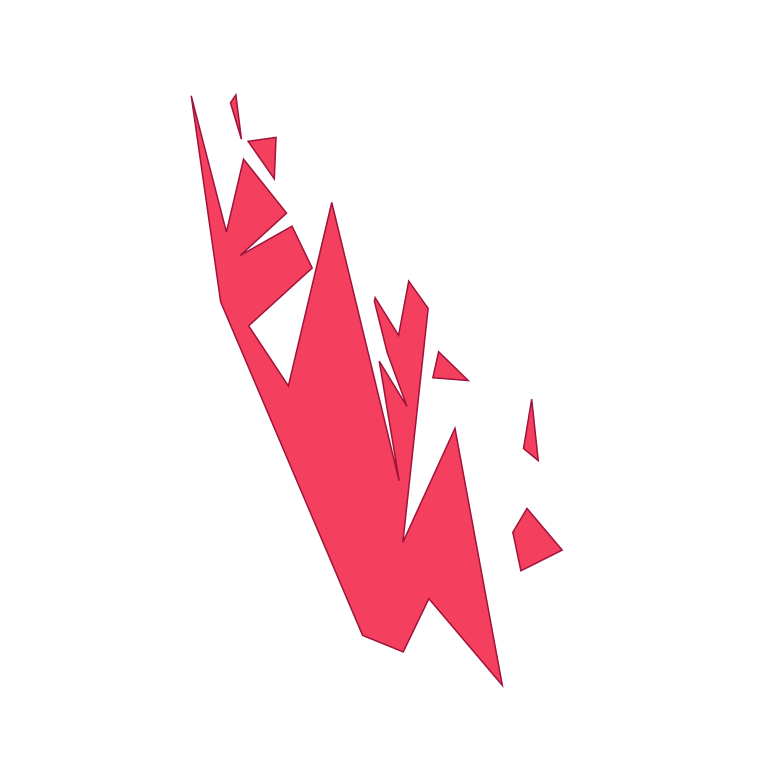 the County of Møre og Romsdal, rotated 80°
{"feature_id": "NOR-910", "entity_name": "Møre og Romsdal", "entity_type": "County", "adm_level": 1, "iso_a3": "NOR", "parent_name": "Norway", "parent_adm1": "", "projection": "robinson", "projection_center": [7.305, 62.718], "detail": "coarse", "context": "isolated", "style": "filled", "palette": "rose", "viewbox_px": 768, "rotation_deg": 80, "n_neighbors": 0, "source": "natural_earth", "source_scale": "10m", "svg_char_len": 746}
<svg xmlns="http://www.w3.org/2000/svg" viewBox="0 0 768 768"><g transform="rotate(80 384 384)"><path d="M66.7,523.8L207.0,512.8L138.2,483.3L198.8,450.3L232.4,503.2L212.6,447.2L257.3,434.6L303.2,507.2L369.3,478.5L196.1,403.9L481.9,385.9L360.7,384.7L410.1,365.3L353.4,375.4L300.8,379.1L297.5,377.7L338.6,361.2L287.0,341.8L317.2,327.4L543.2,392.9L440.0,321.8L701.3,319.8L603.2,377.1L651.2,411.6L627.9,448.7L274.8,530.6L66.7,523.8ZM591.7,281.6L552.4,282.9L531.4,264.8L578.5,237.4L591.7,281.6ZM471.8,257.8L424.6,241.2L486.2,245.4L471.8,257.8ZM395.2,300.5L386.3,334.8L361.7,324.6L395.2,300.5ZM122.4,447.5L162.9,456.4L121.4,475.7L122.4,447.5ZM73.6,479.7L118.2,481.9L80.4,486.4L73.6,479.7Z" fill="#f43f5e" stroke="#9f1239" stroke-width="1.5"/></g></svg>